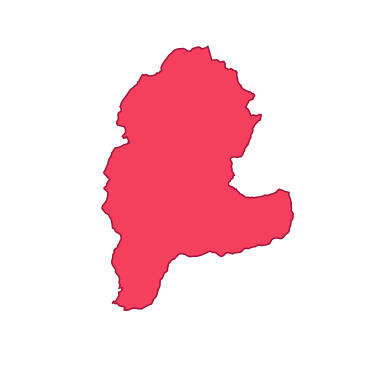 Pietroasa, Timis, Romania (Albers equal-area conic projection), rotated 28°
{"feature_id": "2599482B40704425505074", "entity_name": "Pietroasa", "entity_type": "district", "adm_level": 2, "iso_a3": "ROU", "parent_name": "Romania", "parent_adm1": "Timis", "projection": "albers", "projection_center": [22.44, 45.772], "detail": "fine", "context": "isolated", "style": "filled", "palette": "rose", "viewbox_px": 384, "rotation_deg": 28, "n_neighbors": 0, "source": "geoboundaries", "source_scale": "gbopen_adm2", "svg_char_len": 6025}
<svg xmlns="http://www.w3.org/2000/svg" viewBox="0 0 384 384"><g transform="rotate(28 192 192)"><path d="M204.9,314.8L206.8,312.0L208.8,309.8L208.8,308.1L208.6,304.5L209.2,301.9L209.3,299.9L209.0,298.3L208.2,295.5L207.7,289.9L207.6,289.3L206.8,288.4L206.7,287.6L205.3,284.8L206.0,283.1L206.2,282.3L205.7,276.8L206.0,275.9L206.5,275.4L206.4,274.9L207.2,273.5L207.2,272.9L207.0,272.1L206.5,271.9L206.3,271.6L206.3,270.4L205.4,269.6L205.4,269.0L205.9,268.4L205.2,267.5L205.0,266.9L205.3,265.4L205.7,264.1L205.8,262.2L206.8,260.3L207.8,259.5L209.4,253.4L210.0,252.6L212.6,250.9L215.9,250.3L217.8,250.5L220.5,250.2L221.6,249.2L226.7,246.3L228.3,244.5L229.7,243.5L233.6,238.5L234.4,237.1L236.2,235.8L239.0,235.6L240.2,234.7L241.2,234.5L246.6,235.4L248.6,234.8L249.7,233.0L250.5,230.4L251.1,229.6L252.5,228.5L256.8,227.6L257.3,227.1L257.5,226.3L258.1,225.7L259.8,224.8L261.0,223.7L262.7,222.8L263.3,222.0L264.1,219.8L264.5,217.7L264.9,217.3L268.7,215.2L269.6,213.9L271.9,211.6L273.5,210.7L274.4,209.0L275.7,207.7L277.1,206.9L278.0,206.7L279.6,205.9L283.5,202.8L284.8,201.1L284.8,198.7L284.7,198.3L284.7,197.1L285.3,195.5L286.6,194.0L287.7,193.1L292.5,191.3L293.3,190.6L293.4,190.4L293.5,189.3L293.9,188.8L294.6,185.5L295.8,183.1L296.2,181.2L294.8,177.2L294.9,176.2L294.4,174.0L293.2,171.2L293.5,168.1L291.6,163.6L288.6,162.0L284.4,154.5L281.8,151.7L278.9,149.1L278.5,148.5L278.0,146.8L273.3,148.0L271.2,148.0L267.7,148.7L266.8,150.5L266.5,153.0L265.5,153.5L265.4,154.0L264.6,155.5L263.0,156.6L260.4,159.6L257.9,160.5L257.4,161.1L256.6,162.3L253.2,165.2L251.9,166.0L249.3,168.1L247.6,168.4L245.6,169.9L244.0,170.4L242.1,171.4L240.9,171.5L238.6,170.9L234.8,171.1L233.7,170.2L232.1,170.0L230.8,169.4L230.4,169.4L229.5,168.7L228.7,169.3L228.2,169.3L227.5,168.8L227.0,168.9L226.1,168.5L221.8,169.1L221.3,168.9L220.7,168.3L219.9,166.4L220.3,164.9L220.6,164.5L220.4,163.5L220.6,161.9L221.6,160.9L221.3,159.7L220.8,159.1L220.8,158.7L221.2,158.2L221.6,157.2L219.9,156.3L218.9,155.4L217.9,155.1L217.2,154.4L216.6,153.0L215.8,152.0L214.6,150.9L214.4,149.0L213.9,147.9L212.6,146.6L210.8,145.9L210.4,144.8L210.6,143.0L211.5,142.1L212.9,141.1L216.0,140.1L216.6,139.6L217.4,138.4L218.7,137.8L219.0,137.2L218.9,136.3L219.2,134.9L218.8,132.4L218.9,131.4L218.9,130.5L218.3,129.7L218.7,126.0L218.6,125.4L219.0,124.7L219.1,123.9L218.7,120.6L218.2,118.3L218.5,116.5L218.1,115.6L217.3,114.5L217.1,113.5L217.4,112.5L217.4,111.0L216.6,108.4L215.9,107.7L215.8,107.3L216.0,105.7L215.9,104.5L216.0,102.6L216.4,102.0L216.5,100.5L217.0,99.6L216.9,99.2L217.3,98.0L217.9,97.1L218.2,96.9L218.4,96.3L217.5,93.4L217.5,92.7L216.8,91.4L215.0,92.0L213.3,94.2L212.1,94.7L209.9,95.2L209.2,96.0L208.8,96.6L208.4,96.8L205.8,95.0L204.6,93.8L202.2,92.4L199.8,92.2L199.5,89.1L199.7,85.7L199.5,84.5L201.9,81.9L202.2,81.3L201.7,79.6L202.1,78.5L202.2,77.8L201.9,77.3L201.7,77.1L199.9,76.4L199.1,76.7L196.6,76.4L193.3,77.0L189.1,77.1L187.2,76.6L185.0,74.9L183.1,74.4L180.5,72.8L180.1,72.0L177.2,68.6L175.8,66.3L175.6,65.3L174.1,64.6L173.2,64.6L171.9,65.0L168.6,64.7L168.3,64.9L167.6,66.1L166.8,66.6L165.6,66.8L164.8,66.5L163.4,66.8L162.9,66.5L161.9,64.8L161.8,64.3L161.0,63.1L159.2,62.0L158.6,61.8L156.8,63.3L156.0,64.2L155.6,64.3L153.4,63.6L152.0,63.5L151.4,63.8L150.3,64.8L148.7,65.5L147.6,66.4L141.2,59.6L140.9,59.5L140.5,58.8L137.6,56.0L136.3,58.3L133.6,61.1L131.4,60.5L129.9,60.8L129.1,61.3L125.2,65.1L125.0,65.9L124.8,67.5L124.4,68.4L123.4,69.1L122.1,69.5L119.5,69.1L116.7,69.5L112.4,72.3L110.7,74.0L109.4,75.8L108.9,78.5L108.0,80.4L108.0,81.0L107.5,82.1L107.3,83.1L107.1,85.4L106.5,88.0L106.5,88.8L106.1,91.2L106.2,92.4L106.0,93.4L106.2,95.1L106.1,95.6L106.6,96.8L106.6,97.4L108.0,98.8L107.8,99.9L107.1,100.7L107.3,101.1L107.1,102.2L106.5,102.8L105.6,103.0L105.1,103.4L104.7,104.1L105.0,105.1L104.9,105.4L102.4,107.9L99.8,109.7L99.0,109.8L98.7,110.1L97.1,109.5L95.4,110.8L93.6,111.5L93.2,112.0L93.0,113.0L93.2,114.2L92.9,115.9L93.0,116.6L93.0,118.0L93.2,118.7L93.0,119.5L92.3,120.4L92.9,121.7L93.0,122.9L92.0,124.5L90.2,129.6L89.6,130.5L89.1,134.1L89.0,136.7L88.6,138.4L87.8,144.6L87.9,145.7L87.8,146.8L88.3,148.4L88.4,150.4L90.2,151.6L91.4,153.5L91.3,154.1L90.2,156.3L90.0,157.3L90.4,158.6L92.4,161.6L92.9,163.6L92.6,165.1L93.4,166.8L95.1,167.9L98.0,167.0L101.5,166.3L102.5,166.6L103.1,167.4L103.7,167.7L104.2,168.8L105.3,170.2L105.2,172.3L104.9,173.6L104.5,174.1L104.5,175.2L104.6,175.7L106.7,176.7L107.9,175.2L107.6,174.7L108.2,174.0L109.6,174.6L111.3,175.9L112.7,177.4L112.2,177.9L112.4,178.3L112.9,178.1L112.8,177.9L113.0,177.7L113.4,178.0L111.5,180.7L109.8,182.2L107.1,186.2L103.8,189.0L103.4,189.7L102.8,195.3L103.6,197.6L103.4,202.4L103.8,203.6L103.9,204.9L104.4,206.7L104.7,209.4L104.8,211.6L105.1,213.1L104.9,215.2L105.1,216.4L105.8,216.9L113.5,219.7L113.5,220.3L113.0,221.8L112.9,223.8L113.0,225.2L113.6,226.3L113.3,227.6L112.6,229.0L112.5,229.9L112.7,230.2L113.1,230.5L117.1,231.5L118.5,232.8L119.9,236.8L119.9,237.7L120.6,238.8L120.0,243.7L119.5,245.9L119.8,247.8L120.3,248.6L120.9,249.2L125.7,251.1L126.3,251.2L127.5,250.9L129.5,251.5L131.3,253.0L133.2,253.7L136.9,258.3L138.4,260.7L139.1,261.1L141.2,261.2L142.2,262.3L144.0,263.0L146.3,262.9L148.8,263.2L149.1,263.3L149.6,264.2L150.9,265.5L151.3,266.3L151.6,267.4L151.5,270.0L151.7,271.8L151.6,273.7L152.0,275.6L152.0,276.5L151.3,277.5L150.7,279.1L150.5,280.3L151.7,281.6L151.6,285.0L152.9,287.0L153.3,289.7L154.0,291.7L155.3,293.2L156.1,293.7L158.2,294.9L160.4,295.9L161.3,297.0L161.6,298.1L162.1,298.7L167.4,301.0L169.0,303.2L169.6,304.5L169.7,305.3L169.9,305.8L170.6,306.6L172.1,307.7L172.4,308.4L172.7,309.8L172.7,311.1L175.2,309.3L175.6,310.1L176.1,311.8L176.1,312.5L175.6,313.4L174.4,314.7L174.4,315.2L174.5,315.5L175.9,316.9L176.2,317.8L175.9,323.8L175.5,324.8L174.4,325.1L174.1,325.4L173.9,326.4L174.1,327.3L174.7,326.7L176.9,326.5L177.8,326.0L178.2,325.3L181.2,326.6L185.2,325.5L186.9,325.5L187.2,325.7L187.1,327.3L187.4,328.0L189.6,327.2L191.9,325.4L192.5,324.2L194.2,322.6L197.0,321.0L199.7,320.2L201.8,319.2L202.6,318.5L204.9,314.8Z" fill="#f43f5e" stroke="#9f1239" stroke-width="1.5"/></g></svg>